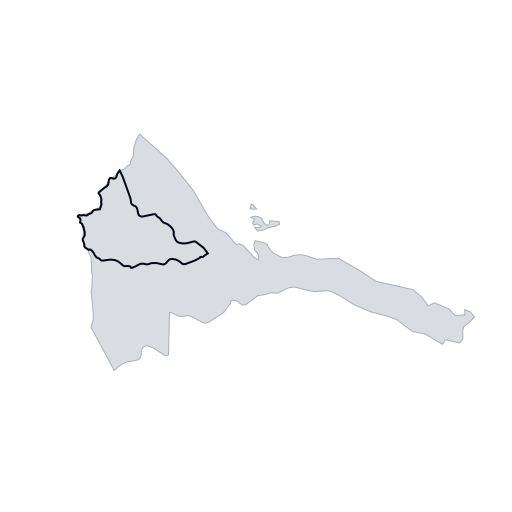 where Anseba sits in Eritrea, rotated 338°
{"feature_id": "ERI-1563", "entity_name": "Anseba", "entity_type": "Region", "adm_level": 1, "iso_a3": "ERI", "parent_name": "Eritrea", "parent_adm1": "", "projection": "mercator", "projection_center": [37.716, 16.542], "detail": "fine", "context": "in_parent", "style": "outline", "palette": "ink", "viewbox_px": 512, "rotation_deg": 338, "n_neighbors": 0, "source": "natural_earth", "source_scale": "10m", "svg_char_len": 4786}
<svg xmlns="http://www.w3.org/2000/svg" viewBox="0 0 512 512"><g transform="rotate(338 256 256)"><path d="M81.6,308.9L79.9,293.0L78.7,282.3L77.5,271.0L76.3,260.3L81.4,253.7L83.8,247.5L89.9,227.2L92.3,223.2L97.1,212.3L97.8,209.1L102.5,195.4L102.1,186.2L101.1,177.0L103.7,171.5L106.0,167.1L105.8,163.4L106.9,154.7L107.6,152.6L110.4,152.5L116.2,153.6L120.5,152.7L125.4,152.7L129.2,152.4L131.5,149.8L134.5,139.7L136.5,137.7L138.1,137.1L142.4,135.2L146.1,132.3L149.2,130.1L150.3,129.7L153.5,129.5L156.7,128.2L158.2,126.8L162.2,125.7L166.2,126.3L168.8,125.0L170.6,124.2L172.6,124.2L174.5,123.0L175.2,121.2L176.4,120.1L179.5,117.4L180.9,115.5L181.5,113.6L182.2,112.1L183.5,109.5L188.9,103.1L193.6,99.3L209.8,131.9L216.4,151.1L222.2,171.1L226.5,201.1L230.6,216.3L237.2,223.8L241.8,238.0L245.6,238.6L248.5,242.5L253.3,255.8L256.7,260.7L258.6,256.5L258.4,254.0L257.0,249.9L258.2,244.6L260.9,241.5L267.1,245.8L270.5,249.0L271.4,255.6L272.8,259.2L279.2,266.9L284.7,269.1L291.7,269.7L297.6,271.4L302.3,274.2L311.2,281.9L331.4,288.8L347.7,309.6L357.3,324.1L388.8,345.9L394.3,356.4L397.1,366.7L403.8,366.2L415.1,377.4L418.4,385.9L427.8,388.9L429.3,383.9L433.8,388.0L435.7,394.4L429.7,397.0L423.1,399.2L422.2,399.2L420.0,402.1L416.9,410.2L413.5,412.5L411.7,412.7L401.4,405.2L399.9,404.7L397.6,406.2L396.0,407.8L391.3,402.0L387.8,397.0L382.9,391.0L378.2,388.3L373.1,384.9L368.1,377.0L363.1,368.2L355.5,361.1L341.5,350.8L328.5,337.7L318.7,324.1L312.3,317.0L309.6,315.1L296.4,310.7L287.2,304.4L280.2,299.3L275.8,297.9L271.6,297.7L262.6,298.7L255.2,295.5L252.0,295.5L247.0,294.5L243.1,293.4L238.5,294.8L229.1,297.1L225.2,296.6L223.1,293.4L221.8,290.9L218.5,288.3L215.8,288.3L214.3,290.6L204.5,296.4L187.9,299.6L184.0,299.4L181.1,297.1L172.7,287.1L170.3,285.5L168.5,285.4L164.6,284.2L161.0,282.3L157.8,278.2L154.6,275.9L151.2,283.9L145.2,297.8L142.0,305.3L137.8,314.9L136.5,315.2L134.4,314.5L126.1,302.5L120.9,298.0L117.1,298.4L114.3,300.6L112.5,304.6L110.5,307.1L108.4,308.1L103.9,307.6L97.0,305.7L89.9,306.1L82.5,308.8L81.6,308.9ZM275.8,228.9L278.1,231.9L279.6,231.6L280.8,230.6L281.7,228.5L290.2,232.6L289.7,235.4L284.6,235.5L278.8,234.4L273.4,234.8L266.9,233.6L265.4,228.9L269.5,231.1L271.7,230.6L272.0,230.0L269.1,226.8L265.0,226.2L265.3,223.7L267.2,222.7L268.3,221.5L265.9,218.1L270.5,218.9L273.5,220.9L275.4,223.4L275.8,228.9ZM272.4,207.3L274.2,212.7L268.9,210.7L268.1,209.5L270.4,207.4L270.8,206.1L272.4,207.3Z" fill="#d9dde1" stroke="#a8b0b8" stroke-width="1"/><path d="M154.0,131.3L155.2,131.0L156.3,130.2L158.0,128.0L161.6,125.6L161.7,126.1L162.1,132.4L161.2,155.5L160.6,158.3L160.2,159.4L160.1,160.8L160.5,161.9L161.6,163.5L162.5,164.4L163.2,165.4L163.5,166.5L163.5,168.3L162.7,172.0L162.6,173.6L162.9,174.9L164.1,176.2L165.4,176.9L177.7,179.1L178.3,179.6L178.6,180.4L178.9,181.6L179.4,182.7L180.5,184.3L181.2,185.5L181.9,188.5L182.5,189.9L183.7,191.3L185.0,192.4L186.3,194.0L187.9,196.8L188.5,198.7L188.9,200.4L188.9,201.7L188.8,202.8L188.5,203.6L188.0,204.4L187.7,205.4L187.5,206.8L187.6,211.4L188.2,213.2L189.4,214.7L192.0,216.5L194.5,217.6L197.0,218.3L204.3,219.3L205.0,219.8L205.8,220.8L210.5,228.8L212.3,235.6L208.9,236.2L206.9,236.9L206.3,237.0L205.9,237.0L205.3,236.5L204.9,236.2L204.1,236.1L203.7,236.2L203.1,236.7L197.6,237.3L187.7,237.0L186.0,236.6L184.8,235.7L183.3,232.8L181.9,230.9L180.1,229.1L177.6,227.5L175.8,226.9L174.3,226.9L173.0,227.3L170.1,228.8L168.9,229.2L167.5,229.3L166.6,229.0L161.3,225.4L158.2,224.1L156.5,223.5L155.1,223.3L153.2,223.3L152.0,223.0L150.8,222.4L149.3,221.3L147.4,220.4L145.9,220.0L144.4,220.0L140.6,220.5L136.7,220.5L135.9,220.2L135.5,219.8L135.6,219.3L135.5,218.8L135.1,218.2L134.1,217.6L132.5,216.9L130.6,216.3L129.5,215.5L128.7,214.2L127.6,211.8L126.0,209.3L124.0,207.2L120.6,205.2L117.9,204.3L112.9,203.1L111.6,202.6L110.9,202.1L110.5,201.6L109.8,199.9L109.3,199.2L108.9,198.8L108.4,198.4L108.0,198.0L107.6,197.4L107.3,196.6L106.9,195.2L106.6,192.1L106.2,190.6L105.8,189.4L104.7,187.8L103.2,187.6L103.2,187.4L102.4,186.4L101.6,185.5L100.9,184.5L100.5,183.2L100.5,182.4L101.2,180.2L101.4,179.1L101.3,177.3L101.3,176.3L101.8,175.2L102.7,174.5L104.4,173.2L105.0,172.4L106.3,169.1L106.5,165.7L106.6,165.4L107.0,165.0L107.1,164.8L107.0,164.4L106.7,163.9L106.7,163.7L106.8,161.5L106.6,160.8L106.2,160.1L105.6,159.5L105.4,158.9L106.7,157.0L107.0,155.9L106.8,154.9L105.7,153.4L105.6,152.9L105.7,152.4L106.1,152.0L107.2,151.8L108.0,152.2L108.8,152.8L109.8,153.2L111.2,153.4L111.7,153.6L113.8,154.9L114.3,155.0L117.2,154.5L118.0,154.6L119.7,154.5L122.2,152.9L123.8,152.8L128.8,154.2L131.8,150.6L132.3,149.5L132.5,148.2L133.7,146.1L134.0,144.9L134.3,142.6L134.2,141.6L133.6,139.0L133.8,138.4L134.3,138.0L141.5,135.8L143.6,135.5L145.8,134.3L148.2,130.1L150.0,129.1L151.1,129.4L152.7,130.9L154.0,131.3Z" fill="none" stroke="#020617" stroke-width="2"/></g></svg>